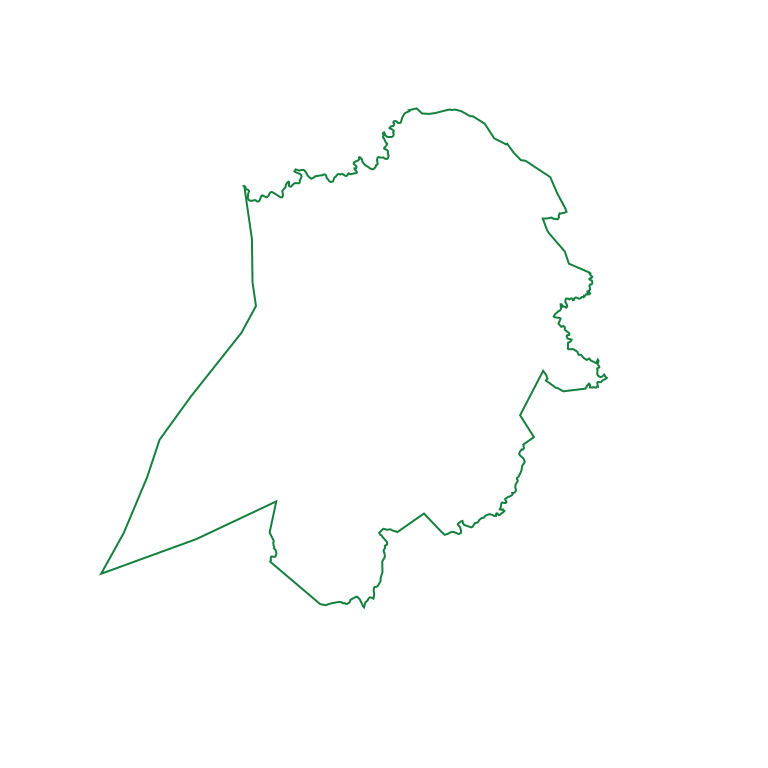 San Agustín Loxicha, Oaxaca, Mexico (orthographic projection), rotated 22°
{"feature_id": "50627088B42356664126835", "entity_name": "San Agustín Loxicha", "entity_type": "district", "adm_level": 2, "iso_a3": "MEX", "parent_name": "Mexico", "parent_adm1": "Oaxaca", "projection": "orthographic", "projection_center": [-96.596, 15.968], "detail": "fine", "context": "isolated", "style": "outline", "palette": "green", "viewbox_px": 768, "rotation_deg": 22, "n_neighbors": 0, "source": "geoboundaries", "source_scale": "gbopen_adm2", "svg_char_len": 6165}
<svg xmlns="http://www.w3.org/2000/svg" viewBox="0 0 768 768"><g transform="rotate(22 384 384)"><path d="M449.1,598.6L448.6,593.4L449.8,591.3L450.1,588.4L450.8,587.2L452.3,586.7L454.6,587.0L453.9,583.3L452.9,581.0L452.0,580.0L451.1,576.5L451.5,575.6L453.0,574.9L453.9,573.4L454.7,568.3L453.5,564.9L453.1,559.1L448.9,549.4L449.5,544.3L449.2,543.1L447.3,540.0L446.2,539.0L446.0,537.8L446.4,536.0L446.2,534.9L445.5,534.2L445.6,533.3L446.9,531.8L446.9,531.0L445.7,529.2L439.8,526.3L438.4,525.2L436.9,525.2L435.3,523.9L437.3,519.0L438.0,518.3L441.0,518.1L444.6,516.3L446.5,516.6L449.4,516.5L450.7,516.1L451.8,516.4L469.6,489.1L492.9,499.7L496.8,501.1L499.7,498.7L501.4,496.4L503.7,495.1L509.7,495.1L511.1,493.3L510.5,491.4L508.2,488.2L505.0,486.6L504.9,485.7L506.8,482.6L508.1,481.6L509.5,483.7L511.2,484.6L518.4,484.3L519.7,483.0L520.2,479.8L520.7,478.7L522.8,477.3L523.4,474.1L524.9,471.5L526.0,471.1L526.7,470.5L527.0,468.9L528.7,466.5L531.1,465.0L533.8,464.8L535.5,465.1L537.3,464.3L536.5,462.8L536.8,461.8L537.7,461.5L538.4,462.3L539.5,462.6L540.2,462.1L543.2,457.0L543.2,456.5L541.4,456.3L541.2,455.8L539.3,456.8L538.3,456.9L538.5,454.7L537.5,451.0L537.9,449.9L538.4,449.4L540.2,449.3L541.3,448.8L541.8,447.7L539.4,445.4L541.2,442.3L542.5,441.4L544.2,439.3L544.5,438.1L543.7,437.0L544.8,436.6L545.7,435.7L546.2,434.5L546.0,432.7L544.4,430.8L543.7,427.8L544.3,424.1L544.0,423.2L542.7,422.2L542.6,421.5L543.5,419.6L543.8,415.5L543.8,412.4L542.8,407.7L543.7,404.4L543.6,403.3L541.2,400.8L536.7,399.2L535.4,398.1L535.3,396.3L536.1,393.1L537.4,392.8L537.8,390.8L536.8,389.8L536.7,389.0L535.8,388.0L542.9,377.1L521.9,362.0L526.6,312.2L530.7,314.7L533.6,317.8L532.8,320.1L544.7,323.1L546.1,322.7L553.0,323.6L572.4,312.9L573.0,310.2L572.8,309.5L573.9,306.8L575.1,307.4L575.1,308.1L575.7,308.3L576.1,310.0L578.2,309.4L579.2,308.5L581.8,308.1L582.4,306.8L583.5,306.4L581.2,303.0L581.4,302.2L584.5,301.0L585.1,299.0L588.0,295.8L588.3,294.8L586.8,294.5L584.7,292.8L583.3,295.7L582.2,296.6L580.3,296.4L578.8,295.8L577.8,294.5L577.0,291.8L575.8,289.7L577.4,287.9L577.2,287.3L574.5,285.6L574.5,283.0L574.0,281.9L573.1,281.3L572.9,284.4L572.5,285.1L566.8,284.7L564.7,283.5L563.0,285.7L559.2,285.0L555.8,283.1L553.5,284.0L551.1,281.6L546.2,280.8L542.7,282.5L541.3,282.4L539.2,276.9L540.8,275.1L541.3,273.6L541.3,272.6L537.2,273.1L535.4,271.2L535.5,270.2L537.4,269.1L536.7,267.5L531.4,266.0L530.4,263.7L528.5,262.9L527.0,264.6L523.2,262.7L523.3,257.2L521.9,256.9L517.4,258.2L516.1,257.9L516.4,255.4L518.5,251.1L519.6,250.0L519.8,249.0L519.8,247.6L517.9,244.0L518.6,243.5L520.5,244.7L520.9,245.4L523.0,244.4L524.3,245.0L524.9,243.5L523.8,242.0L521.3,239.8L520.7,237.5L520.9,236.5L522.7,235.9L524.0,236.2L525.4,234.5L526.6,234.3L527.8,235.5L528.6,234.9L528.6,232.7L529.6,231.8L532.9,231.9L533.9,231.2L535.0,229.0L536.5,228.9L536.8,228.4L536.4,227.2L537.4,226.9L537.8,225.0L540.0,224.4L540.9,223.8L541.0,222.7L540.1,222.1L538.5,222.9L537.9,222.0L539.3,220.5L539.7,219.2L537.6,215.8L537.7,214.6L539.1,213.9L539.4,212.4L538.0,210.2L536.2,210.3L535.1,209.8L535.2,209.1L536.6,207.8L537.0,206.7L534.1,205.3L533.9,204.1L532.9,204.4L532.5,203.7L510.4,203.2L502.1,193.5L480.3,182.3L477.7,180.4L469.2,171.1L473.5,169.3L477.0,166.9L479.4,167.4L480.6,166.7L481.8,166.7L483.4,166.1L483.8,164.0L482.9,162.4L483.0,159.9L484.1,159.8L486.2,158.1L487.1,157.8L488.7,155.8L485.9,152.9L473.3,142.4L460.7,129.9L431.5,124.0L427.1,125.2L417.3,120.8L408.1,115.0L407.5,116.1L394.1,114.9L379.9,104.9L366.0,102.5L363.8,103.4L353.3,102.1L347.2,102.9L343.8,104.7L342.3,104.8L336.7,108.6L329.9,113.7L324.5,116.7L318.0,118.9L311.0,116.3L304.4,120.9L305.3,121.5L302.3,124.6L301.5,126.3L301.2,130.1L301.6,135.0L301.2,135.8L300.2,136.4L299.1,136.7L297.6,135.9L296.1,135.9L295.1,136.4L294.6,137.2L294.9,138.4L295.8,138.6L296.3,140.2L295.9,141.4L294.0,142.4L293.2,144.6L293.9,144.9L294.6,144.7L297.1,145.1L298.4,145.8L298.2,147.4L299.4,148.5L299.7,150.2L298.8,152.0L295.4,153.4L294.0,153.5L292.2,153.0L289.9,150.7L289.3,151.1L289.1,152.1L290.4,153.9L290.8,155.9L292.0,156.3L295.1,159.3L297.1,160.2L296.5,163.5L295.8,164.6L295.8,165.4L296.4,165.8L299.3,165.9L300.5,166.8L301.3,169.1L302.9,170.7L302.9,173.4L302.5,174.3L300.2,174.7L298.5,174.2L296.4,175.3L294.1,175.6L293.2,176.5L293.7,179.1L295.5,181.9L295.7,182.8L294.6,184.2L295.0,185.4L293.9,188.5L293.2,189.2L290.2,189.4L289.4,189.0L284.4,188.1L280.7,186.0L279.4,183.9L278.3,183.6L277.2,182.8L276.3,182.8L276.0,183.4L276.8,184.8L276.3,186.5L274.6,187.9L273.1,190.0L273.2,190.6L273.6,191.4L276.1,192.2L277.2,193.0L277.3,194.2L275.9,195.1L276.6,196.1L278.3,196.6L279.6,197.9L279.5,198.5L274.2,202.2L272.4,201.8L271.8,203.2L271.9,204.3L270.7,205.5L266.2,204.9L265.0,206.2L263.7,206.2L262.6,206.7L261.9,208.4L261.7,209.6L260.7,211.0L260.8,215.4L258.9,216.6L257.8,216.6L253.6,214.3L252.0,212.2L251.0,211.8L249.4,212.4L249.0,213.3L242.6,217.0L241.4,219.0L239.7,220.9L236.5,220.0L234.0,218.6L233.3,217.7L231.2,216.3L229.4,215.6L227.6,216.3L225.7,217.8L221.7,218.1L221.2,220.3L222.2,220.7L227.9,220.8L229.1,221.4L229.8,222.6L230.0,224.2L229.6,226.6L230.3,228.7L230.1,229.7L226.3,231.1L225.4,232.0L223.8,235.8L222.6,236.2L221.5,235.8L220.3,232.3L219.6,232.2L218.9,233.3L218.4,236.1L218.9,238.3L217.4,243.3L218.9,245.4L219.8,247.6L219.5,249.2L217.9,249.7L211.3,248.3L208.4,248.0L207.3,248.4L206.5,250.2L206.4,252.7L205.6,254.4L205.0,255.0L200.5,254.6L199.8,255.9L199.9,260.0L199.7,261.0L198.9,262.0L197.6,262.3L196.2,261.7L195.5,261.8L192.5,263.8L191.3,264.2L189.6,264.0L187.6,262.0L187.6,260.9L186.9,259.1L186.6,255.8L185.6,255.0L182.8,255.0L182.2,253.8L181.3,253.1L180.0,252.8L179.7,253.1L180.7,253.5L207.1,298.8L224.0,339.0L236.1,359.7L232.6,390.1L209.7,467.6L196.8,519.8L199.3,559.2L198.5,619.7L192.8,665.9L268.0,598.2L328.1,533.2L333.6,564.6L340.4,570.6L340.8,571.5L340.8,572.8L342.2,575.2L343.3,576.2L343.4,577.5L345.9,578.7L347.8,581.5L348.0,584.5L347.7,585.0L344.2,586.2L344.0,586.7L344.5,588.7L345.2,589.7L345.0,591.4L407.3,612.0L412.5,611.0L417.2,607.2L424.0,602.8L426.4,602.3L428.1,602.7L429.5,601.9L430.8,602.2L432.2,601.7L433.9,599.3L433.9,596.4L438.0,591.6L439.2,591.4L442.3,592.8L447.8,597.9L449.1,598.6Z" fill="none" stroke="#15803d" stroke-width="2"/></g></svg>